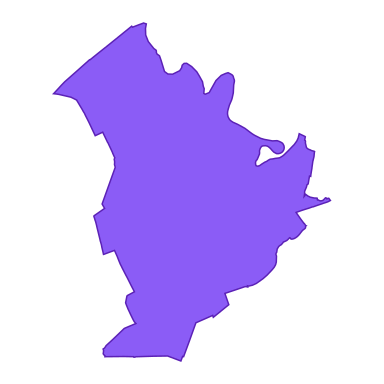 Dridu, Ialomita, Romania (Albers equal-area conic projection)
{"feature_id": "2599482B72260409838364", "entity_name": "Dridu", "entity_type": "district", "adm_level": 2, "iso_a3": "ROU", "parent_name": "Romania", "parent_adm1": "Ialomita", "projection": "albers", "projection_center": [26.481, 44.685], "detail": "fine", "context": "isolated", "style": "filled", "palette": "violet", "viewbox_px": 384, "rotation_deg": 0, "n_neighbors": 0, "source": "geoboundaries", "source_scale": "gbopen_adm2", "svg_char_len": 5743}
<svg xmlns="http://www.w3.org/2000/svg" viewBox="0 0 384 384"><path d="M282.8,242.9L283.0,242.7L283.4,242.0L283.8,241.8L284.4,241.7L285.1,241.3L285.8,241.0L286.8,240.5L288.0,239.4L288.8,238.6L289.5,237.8L289.8,237.7L289.9,237.8L290.1,237.9L290.2,238.0L290.3,238.1L290.4,238.3L290.5,238.5L290.7,238.8L291.0,239.0L291.4,239.1L291.8,239.1L292.1,239.1L292.5,239.0L292.8,239.0L293.1,238.9L293.5,238.7L293.8,238.7L294.2,238.5L294.3,238.5L294.6,238.3L295.0,238.1L295.5,237.9L295.9,237.6L296.5,237.1L296.8,237.0L297.5,236.3L297.9,236.0L298.5,235.4L298.7,235.2L299.1,234.7L299.5,234.2L299.9,233.8L300.6,232.8L300.9,232.5L301.0,232.3L301.3,231.9L301.6,231.6L301.8,231.3L302.1,230.9L302.3,230.7L303.0,230.0L303.5,229.7L304.1,229.2L305.0,228.5L305.3,228.1L305.5,227.8L305.5,227.6L305.5,227.2L305.6,226.4L306.0,225.9L305.9,225.9L304.7,224.1L304.3,223.5L304.0,223.5L302.7,221.7L301.1,219.6L299.9,217.9L297.1,213.9L296.1,212.4L298.7,211.5L301.8,210.4L305.2,209.3L307.1,208.7L308.5,208.3L310.5,207.6L312.1,207.0L313.3,206.8L315.5,206.0L318.4,205.0L322.0,203.8L323.6,203.2L325.6,202.6L327.9,201.8L328.1,201.7L330.4,200.5L329.1,198.7L328.8,198.3L328.5,198.3L328.1,198.3L327.7,198.4L327.3,198.7L327.1,198.8L326.9,198.9L326.4,198.3L326.1,197.9L325.9,197.8L325.6,197.8L325.4,197.9L325.0,198.3L324.7,198.7L323.1,200.2L322.5,200.5L321.9,200.7L321.4,200.8L320.8,200.9L320.3,200.8L319.7,200.7L319.1,200.4L318.8,200.3L318.5,200.1L318.2,199.9L317.9,199.8L317.6,200.0L317.4,199.9L317.3,199.7L317.3,198.6L317.2,198.2L316.9,198.1L314.2,198.0L310.9,197.3L310.0,197.1L309.2,196.6L308.2,196.2L306.8,195.2L305.5,194.2L304.8,195.7L304.2,196.4L304.5,194.4L304.6,193.8L304.6,192.7L304.7,191.1L306.4,187.2L307.0,184.8L308.1,184.0L308.2,183.7L309.5,176.1L310.7,176.4L310.9,174.5L311.3,172.0L311.7,169.6L311.9,168.5L312.0,167.4L312.1,166.6L312.2,165.8L312.3,165.2L312.4,164.5L312.9,160.9L313.0,160.8L313.4,159.1L314.0,156.6L314.3,153.2L314.5,151.8L314.6,151.6L314.3,151.3L312.8,150.9L312.3,150.8L311.7,150.6L311.0,150.3L310.1,149.8L309.5,149.6L308.9,149.4L308.3,149.1L307.9,148.8L307.6,148.7L307.2,148.3L307.0,148.1L306.7,147.8L306.4,147.3L306.3,146.9L305.5,143.4L305.4,142.8L305.5,141.4L305.4,140.9L305.3,140.7L305.2,140.4L305.0,140.2L304.7,140.1L305.3,136.7L304.7,136.3L299.2,133.7L298.2,138.0L296.8,141.0L294.2,144.6L292.5,146.3L287.9,151.1L284.1,154.8L282.5,156.1L279.6,157.8L277.7,158.1L275.1,158.4L272.8,158.9L270.1,159.2L268.3,160.2L266.6,161.4L264.7,162.2L263.2,163.2L262.3,163.7L259.8,165.5L257.9,166.2L256.9,166.0L256.1,165.7L255.7,164.7L255.5,162.6L255.8,161.4L256.3,160.4L257.0,159.8L257.5,158.8L259.5,154.0L259.6,152.6L259.5,150.8L259.8,149.7L260.3,148.3L261.1,147.0L261.8,146.3L262.8,145.9L265.5,145.7L267.2,146.1L268.2,146.6L269.6,147.7L271.1,149.2L272.1,150.4L273.8,152.1L274.5,152.5L276.5,153.6L278.1,153.7L279.7,153.4L280.8,153.0L282.3,152.0L283.4,150.6L284.0,149.2L284.2,147.7L284.0,145.9L283.4,144.6L283.2,144.2L282.5,143.2L281.1,142.3L279.0,141.3L277.2,140.7L276.1,140.7L272.5,140.9L264.3,139.4L260.6,138.3L254.8,135.4L252.5,134.0L249.6,131.9L244.9,128.3L237.6,124.3L232.9,122.2L230.6,120.6L229.4,119.3L228.0,116.6L227.5,114.0L227.6,111.7L228.0,109.9L229.4,105.1L231.6,100.0L232.2,98.0L233.3,92.9L233.7,85.0L234.4,81.4L234.4,80.4L234.2,79.5L233.8,78.5L233.6,77.9L233.4,77.0L233.1,76.1L232.4,75.1L231.3,74.4L230.9,74.1L228.1,72.7L225.5,73.5L221.2,75.4L216.0,80.5L209.2,92.6L205.2,94.2L203.8,93.4L204.0,91.1L204.2,88.7L203.3,86.3L202.5,81.7L199.5,76.3L196.8,71.8L191.7,66.6L186.7,63.3L184.1,63.4L182.2,65.2L181.6,67.8L179.7,70.7L172.6,74.2L167.9,74.0L164.5,71.5L161.1,60.4L159.5,55.8L157.0,54.0L156.3,52.3L156.4,51.1L156.1,50.2L153.8,48.5L148.3,41.6L145.7,35.0L145.5,28.4L146.3,23.9L143.5,23.0L142.6,23.4L139.0,24.7L132.5,27.2L131.7,26.2L122.8,33.4L122.7,33.5L112.3,41.9L109.1,44.5L98.3,53.1L90.0,59.8L89.6,59.7L77.6,70.4L72.4,75.0L64.7,81.8L61.6,85.0L53.8,93.5L53.6,93.7L57.0,94.1L58.9,94.4L59.7,94.6L64.9,95.8L69.2,96.8L71.3,97.3L71.7,97.6L73.2,98.3L76.7,100.1L76.7,100.3L77.5,101.6L78.3,102.9L79.0,104.1L80.3,106.3L81.4,108.1L82.4,109.8L83.3,111.5L84.4,113.2L85.4,115.4L87.4,119.3L89.0,122.5L95.2,135.7L99.3,133.8L102.7,132.2L107.5,142.2L107.6,142.4L107.8,142.5L112.2,151.9L112.4,152.4L112.6,152.9L112.7,153.3L113.0,153.9L113.7,155.5L114.2,156.6L114.7,157.5L114.8,157.8L114.5,158.5L114.2,159.3L114.3,159.8L114.5,160.9L114.6,161.7L114.6,163.2L114.5,163.9L114.5,164.7L114.8,165.7L115.1,166.8L115.2,167.4L102.1,204.0L104.6,208.4L94.0,215.8L93.9,216.5L94.5,218.2L95.2,220.6L95.6,221.6L96.5,225.1L97.1,227.8L97.7,230.2L99.9,239.2L100.3,241.1L100.5,241.6L100.7,242.3L101.4,244.8L101.8,247.0L102.4,249.6L102.8,251.2L103.5,254.4L104.2,254.2L108.2,252.7L114.5,250.4L117.1,256.2L118.7,260.3L119.6,262.5L120.3,264.2L121.7,266.9L122.0,267.6L126.1,275.6L127.2,277.6L128.5,280.2L130.3,283.8L130.9,285.0L132.6,288.3L133.7,290.4L134.4,291.8L127.4,295.5L127.1,295.9L126.9,296.1L125.6,302.8L126.4,305.0L127.5,307.7L128.1,309.2L128.7,310.4L130.5,314.3L132.9,319.2L133.9,321.1L134.6,322.1L135.9,323.5L130.2,325.9L125.0,328.1L124.2,328.5L121.1,331.5L112.1,340.1L106.1,345.6L105.6,346.5L104.4,348.2L104.1,348.4L103.3,348.8L103.1,349.0L103.4,350.1L103.6,350.6L103.3,353.1L103.2,353.7L103.3,354.0L103.8,354.7L104.4,355.3L105.0,355.9L104.9,356.7L123.7,356.5L133.6,356.7L133.9,357.2L135.0,357.1L136.0,356.7L137.6,356.7L153.6,356.2L167.6,356.0L180.9,361.0L182.6,356.4L183.6,356.7L189.6,340.4L195.9,322.8L212.7,315.4L213.3,317.3L228.8,304.7L224.9,293.4L233.9,290.4L245.1,286.6L246.4,286.7L247.7,287.0L247.5,285.8L248.6,286.1L252.5,285.2L256.4,283.4L263.0,278.7L267.1,275.1L272.3,269.6L274.3,267.1L275.6,264.7L276.3,262.1L276.5,256.1L275.9,254.2L276.1,253.2L276.7,252.3L277.2,249.0L278.7,246.5L279.9,245.5L281.4,244.6L282.8,242.9Z" fill="#8b5cf6" stroke="#5b21b6" stroke-width="1.5"/></svg>